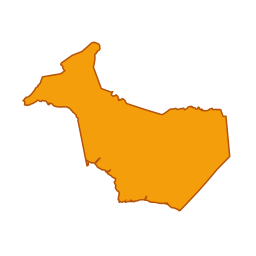 an SVG outline of Ontario, rotated 170°
{"feature_id": "CAN-682", "entity_name": "Ontario", "entity_type": "Province", "adm_level": 1, "iso_a3": "CAN", "parent_name": "Canada", "parent_adm1": "", "projection": "equal_earth", "projection_center": [-83.246, 49.265], "detail": "fine", "context": "isolated", "style": "filled", "palette": "amber", "viewbox_px": 256, "rotation_deg": 170, "n_neighbors": 0, "source": "natural_earth", "source_scale": "10m", "svg_char_len": 5745}
<svg xmlns="http://www.w3.org/2000/svg" viewBox="0 0 256 256"><g transform="rotate(170 128 128)"><path d="M82.8,139.2L80.3,138.9L79.7,138.9L79.1,138.8L77.8,139.1L77.1,138.7L76.4,137.7L75.9,137.6L72.6,137.9L72.4,137.8L72.0,137.9L71.5,137.7L70.0,137.9L69.7,137.7L69.4,137.0L69.1,136.7L69.2,136.3L68.9,136.1L68.4,136.2L67.0,136.9L65.0,138.2L64.2,138.3L63.6,138.5L63.0,138.3L62.2,138.4L62.2,138.1L62.1,137.9L61.1,137.8L60.9,137.6L61.1,137.3L60.7,136.8L59.7,136.6L58.5,136.1L58.2,135.8L58.0,134.9L57.7,134.8L56.9,134.7L55.7,135.0L55.6,135.9L55.2,136.2L54.8,136.3L54.0,135.0L54.0,134.2L53.8,133.7L53.5,133.6L52.3,133.7L51.8,133.6L51.7,133.4L51.8,133.1L52.6,132.9L52.4,132.5L50.2,132.0L49.6,131.6L46.7,131.4L44.9,131.8L44.8,132.2L44.5,132.4L42.0,132.7L41.8,132.7L41.5,132.4L41.3,131.5L41.0,131.3L37.6,131.1L37.4,131.0L37.4,130.6L37.1,130.4L35.0,130.5L34.3,130.2L33.4,129.6L33.3,129.2L33.3,127.9L32.6,124.9L32.7,124.4L32.5,123.2L31.7,122.8L31.2,122.7L30.1,122.7L29.5,122.5L32.8,82.3L47.4,71.8L57.1,63.7L68.6,54.4L83.8,43.0L90.9,37.8L91.4,37.7L91.6,38.0L92.0,38.0L91.8,38.3L92.8,38.9L93.5,39.5L94.5,39.9L95.5,40.7L96.3,41.2L98.6,41.9L99.2,42.2L99.4,42.7L100.3,43.5L101.4,44.9L101.5,45.3L101.8,45.4L102.2,46.0L102.5,46.1L102.5,46.3L102.1,46.7L102.2,47.0L102.6,46.5L103.3,46.5L103.4,46.8L104.5,47.0L104.4,47.6L104.9,47.4L107.1,47.8L107.8,47.7L108.0,47.8L107.9,47.9L108.0,48.0L108.7,48.0L109.2,48.2L110.1,48.4L111.3,49.0L113.1,49.6L113.8,50.0L117.2,50.7L118.4,51.2L119.1,51.3L119.2,51.5L120.1,52.1L120.3,52.4L121.3,53.2L122.8,53.8L124.1,54.1L124.1,54.3L124.1,54.6L123.4,54.8L123.2,55.2L122.8,55.4L122.3,56.2L121.7,56.7L121.6,56.9L121.7,57.2L121.4,57.9L121.9,57.5L122.3,56.6L123.4,55.3L123.8,55.0L124.7,54.7L125.7,54.7L128.6,55.2L129.1,55.2L130.3,54.8L132.0,54.7L133.3,54.9L134.7,54.3L136.1,54.8L136.4,55.1L136.5,55.2L136.4,55.4L136.6,55.5L136.7,55.2L137.1,55.4L137.5,55.4L137.9,55.8L137.7,56.2L137.9,56.5L138.0,56.4L137.8,56.2L138.0,55.9L137.8,55.7L137.7,55.4L136.9,55.1L136.6,54.9L136.8,54.8L137.8,55.0L138.6,55.3L140.9,55.5L141.3,55.7L142.6,55.3L143.1,55.3L143.6,55.5L143.8,56.0L143.4,56.7L143.6,56.6L144.0,56.2L145.0,56.3L146.1,56.0L146.8,56.3L147.0,56.3L146.9,56.1L147.1,56.1L148.1,56.6L148.2,56.9L149.0,57.1L148.8,56.8L149.0,56.6L148.6,56.1L149.6,56.6L149.6,56.8L149.3,57.6L149.5,58.1L149.4,58.6L149.6,59.2L150.0,59.3L150.0,59.7L149.0,62.6L148.5,63.7L148.1,64.7L147.9,64.9L147.9,65.3L148.1,65.5L148.1,66.6L148.6,67.3L148.6,67.5L149.0,67.6L149.7,68.3L150.8,71.1L150.7,71.9L150.1,72.7L150.0,73.4L150.1,73.6L150.1,74.3L150.6,75.5L151.0,77.0L150.7,77.3L149.7,77.9L149.8,78.0L149.4,79.0L149.3,79.9L149.5,80.4L149.3,80.6L149.9,81.1L150.9,81.5L151.7,82.1L152.1,82.6L152.2,82.8L152.4,83.1L152.8,83.9L153.7,84.4L155.0,85.8L156.0,86.5L156.1,86.8L155.9,87.0L156.1,87.6L156.8,88.2L155.7,88.1L154.5,88.5L154.3,88.8L154.0,88.7L153.7,88.7L153.3,89.0L153.7,88.9L153.2,89.5L153.6,89.4L154.4,88.9L156.5,89.0L157.0,89.2L157.7,90.2L158.0,90.5L158.8,90.7L159.8,91.2L160.3,91.1L160.7,91.4L161.4,91.7L162.0,92.7L162.2,92.9L162.9,93.0L163.0,93.2L164.0,94.0L165.0,95.0L165.0,95.3L165.7,97.1L166.0,97.4L166.5,97.7L166.6,99.1L164.8,99.8L164.1,100.5L163.7,101.1L162.7,101.6L162.2,102.2L161.5,102.5L161.3,102.9L162.0,102.6L162.1,102.9L161.8,103.1L162.2,102.9L162.5,102.2L162.8,101.9L163.5,101.7L164.2,101.4L164.4,101.1L165.0,100.7L165.3,100.2L166.8,99.3L167.0,99.3L168.7,99.8L169.6,99.8L169.9,100.2L170.7,100.3L171.3,100.9L172.9,101.9L173.3,102.5L174.6,103.5L175.1,104.0L175.9,141.1L176.1,143.9L176.0,144.2L175.5,145.2L175.5,145.6L175.7,146.4L176.8,147.8L176.9,148.4L176.8,149.5L177.0,150.1L177.7,151.0L178.3,152.0L179.6,153.3L180.3,154.8L180.5,155.1L181.1,155.6L181.3,156.4L181.6,156.9L182.3,157.6L183.6,158.5L184.0,159.2L186.8,159.8L187.6,159.9L187.8,160.2L188.6,160.1L189.8,160.2L190.5,160.5L191.6,160.5L194.2,161.2L196.0,162.0L197.1,162.7L197.8,163.5L197.9,164.1L198.4,164.8L199.3,165.4L200.7,166.1L201.3,166.0L201.4,165.8L201.3,165.1L201.3,164.9L201.8,164.7L202.4,164.9L202.7,165.2L202.8,166.2L203.0,166.7L203.4,166.9L203.6,167.7L204.1,168.7L204.4,168.9L206.2,169.4L207.1,170.0L207.5,170.0L207.9,169.9L208.2,169.4L209.1,169.3L209.9,169.5L210.8,170.1L211.6,170.9L212.0,171.1L212.7,170.9L213.5,170.1L214.3,169.9L216.5,169.1L217.2,168.7L219.4,168.5L220.5,167.9L222.1,168.0L223.3,167.7L224.3,168.3L225.2,168.5L225.8,168.8L225.1,171.9L226.5,173.1L225.9,173.6L225.3,173.8L224.9,174.3L224.8,174.8L223.6,175.4L223.1,175.9L221.2,175.8L219.8,176.6L219.1,176.8L217.8,177.6L213.8,181.1L212.5,182.6L212.2,183.3L210.3,184.1L209.5,184.6L209.3,185.0L209.4,185.4L209.2,185.6L207.9,186.2L207.7,186.6L206.7,187.4L203.5,193.0L203.1,193.2L185.1,193.1L184.5,193.3L180.4,195.3L181.6,197.6L181.8,199.0L181.6,199.8L182.0,200.4L182.0,201.0L182.4,201.5L183.1,201.8L183.2,202.1L183.1,202.6L182.7,203.2L182.1,203.7L170.2,209.3L160.1,211.3L148.8,218.2L146.5,218.3L146.0,218.1L142.5,216.0L141.9,215.0L141.6,214.0L141.6,213.4L141.8,212.5L141.9,210.9L142.4,210.1L142.8,209.7L143.7,209.4L144.8,208.9L146.6,206.8L147.3,206.7L147.8,206.0L148.2,204.8L148.3,203.9L148.2,203.5L148.2,203.3L148.5,202.2L148.9,201.4L148.9,200.5L151.5,193.8L147.5,171.7L147.1,171.3L138.5,166.3L137.0,166.3L137.8,165.1L138.7,163.4L137.7,162.3L137.2,162.0L135.8,162.1L135.1,162.0L134.7,162.1L134.2,162.6L133.9,162.7L133.4,162.0L133.3,161.6L132.7,161.0L132.6,160.7L132.4,159.6L132.5,159.2L132.1,158.5L132.0,158.1L132.5,157.0L131.7,156.7L130.6,157.3L130.2,157.0L129.8,157.0L129.5,157.1L128.8,157.8L128.4,157.9L128.1,157.8L126.2,155.6L125.4,152.8L125.2,152.4L109.6,144.0L92.7,135.4L92.2,135.3L89.9,135.9L83.2,139.2L82.8,139.2ZM175.1,103.7L174.8,103.4L173.7,102.6L173.3,102.2L173.0,101.5L172.9,101.0L173.5,99.6L173.3,99.0L173.3,98.7L173.9,98.4L174.1,98.1L174.9,97.9L175.1,103.7Z" fill="#f59e0b" stroke="#b45309" stroke-width="1.5"/></g></svg>